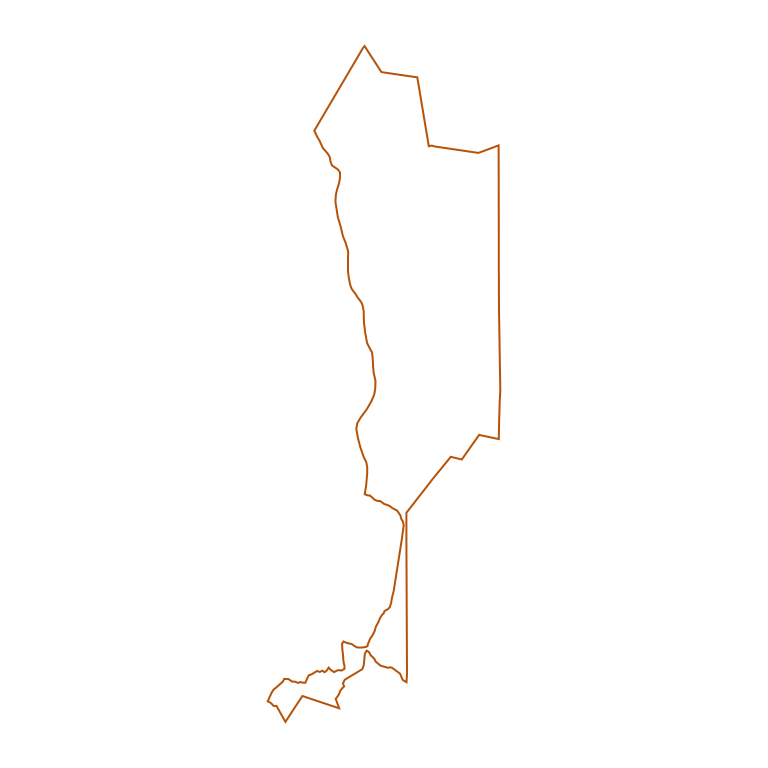 Teresina, Piauí, Brazil
{"feature_id": "56859067B99238577868953", "entity_name": "Teresina", "entity_type": "district", "adm_level": 2, "iso_a3": "BRA", "parent_name": "Brazil", "parent_adm1": "Piauí", "projection": "equal_earth", "projection_center": [-42.807, -5.187], "detail": "fine", "context": "isolated", "style": "outline", "palette": "amber", "viewbox_px": 768, "rotation_deg": 0, "n_neighbors": 0, "source": "geoboundaries", "source_scale": "gbopen_adm2", "svg_char_len": 2893}
<svg xmlns="http://www.w3.org/2000/svg" viewBox="0 0 768 768"><path d="M317.5,137.4L319.3,140.3L323.0,148.3L327.4,153.1L329.6,156.7L330.8,162.6L332.1,165.5L334.0,166.8L337.8,169.4L340.0,172.5L339.9,178.5L338.9,183.8L337.7,187.5L336.6,191.3L335.9,194.9L335.4,201.4L335.8,204.2L337.0,211.7L337.8,217.1L340.7,226.7L342.9,236.1L344.2,239.3L345.8,243.3L346.9,247.2L347.7,249.6L348.2,252.4L348.1,255.2L348.0,257.9L348.0,268.0L348.0,271.9L349.0,278.7L349.6,281.9L350.4,285.5L351.7,288.9L353.2,290.9L355.5,293.9L357.6,297.4L359.5,299.8L361.3,302.4L362.6,305.4L363.1,308.1L363.7,311.4L363.8,316.1L363.9,320.8L364.2,324.7L364.6,327.3L365.2,333.0L366.0,336.4L366.4,339.6L367.2,343.3L368.7,346.2L370.1,349.0L372.0,352.3L372.6,357.3L373.0,363.7L373.1,366.8L373.7,372.9L375.5,381.0L375.2,389.2L374.2,394.6L371.2,401.7L366.8,409.2L360.8,417.3L357.2,423.4L356.3,429.0L358.0,438.3L360.1,446.5L363.4,456.2L366.3,462.3L367.2,466.9L367.2,473.4L366.1,485.9L364.7,494.2L367.7,495.4L369.8,495.5L372.0,497.3L374.5,499.7L377.2,500.8L380.3,501.1L384.2,504.0L387.0,504.9L389.3,505.8L392.6,508.2L397.1,510.6L400.4,515.4L401.2,518.8L403.0,521.7L403.7,525.2L401.9,538.7L393.7,591.0L392.2,596.9L391.6,599.7L391.2,602.6L390.5,604.9L389.6,607.5L387.6,609.3L384.5,611.1L383.7,613.3L382.1,614.8L380.2,617.7L379.1,620.4L377.9,623.0L375.8,626.8L374.6,631.1L373.2,634.0L371.9,636.2L370.1,638.7L369.1,641.3L368.0,643.8L367.5,646.1L365.8,647.0L363.1,647.4L360.1,647.6L357.0,647.4L354.5,646.0L351.8,644.1L348.8,643.4L346.1,642.7L343.5,641.5L342.0,643.9L342.2,646.7L342.4,650.0L342.7,652.5L343.1,655.7L343.2,659.0L343.7,662.7L344.5,665.9L344.4,669.0L341.3,670.6L338.9,670.1L336.6,670.7L334.1,672.1L330.7,669.9L328.7,667.6L326.7,670.6L324.6,672.2L322.3,670.7L319.8,671.9L317.0,671.0L313.5,673.1L311.5,674.4L308.9,675.2L307.4,678.0L305.3,682.8L302.4,682.6L300.2,682.0L298.3,683.0L295.2,681.7L292.1,681.6L288.5,679.1L284.2,678.9L282.9,681.6L275.9,687.7L273.6,689.6L271.8,692.3L267.7,701.3L270.7,702.9L273.8,706.0L276.5,705.9L285.4,721.9L292.1,711.6L302.4,696.0L335.8,707.2L339.2,708.3L335.7,698.9L338.5,695.1L340.4,690.7L342.1,688.4L344.1,686.5L343.0,683.3L344.8,679.7L362.4,669.1L363.8,664.8L364.9,653.5L366.7,650.6L369.0,652.1L370.6,655.2L374.2,658.6L375.7,661.6L380.4,665.6L383.8,666.6L385.7,667.1L387.9,667.8L390.2,667.3L392.1,667.8L400.0,673.6L402.8,680.0L406.5,682.2L407.0,674.5L406.6,584.7L406.4,539.9L406.4,512.8L428.5,484.4L430.4,482.0L431.7,480.2L450.8,456.8L461.8,459.5L479.1,434.9L480.9,435.3L498.8,439.1L499.1,422.5L499.7,401.9L500.2,393.2L500.3,390.5L499.3,328.7L499.0,310.2L498.9,290.6L498.9,287.6L498.9,282.5L498.9,278.4L498.8,270.7L498.8,261.8L498.8,232.2L498.8,229.2L498.7,188.4L498.7,174.9L498.6,145.4L481.5,151.8L478.3,152.9L434.8,146.5L431.8,145.6L428.8,146.2L424.6,121.0L417.3,77.3L409.9,76.3L381.4,72.1L368.6,52.3L364.6,46.1L363.1,47.8L314.3,130.7L317.5,137.4Z" fill="none" stroke="#b45309" stroke-width="2"/></svg>